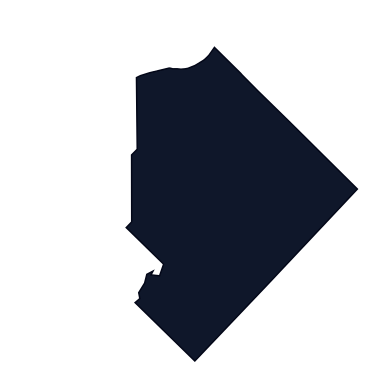 outline of St. Clair, Illinois, United States of America, rotated 44°
{"feature_id": "52423323B37622799423649", "entity_name": "St. Clair", "entity_type": "district", "adm_level": 2, "iso_a3": "USA", "parent_name": "United States of America", "parent_adm1": "Illinois", "projection": "albers", "projection_center": [-90.081, 38.44], "detail": "fine", "context": "isolated", "style": "filled", "palette": "ink", "viewbox_px": 384, "rotation_deg": 44, "n_neighbors": 0, "source": "geoboundaries", "source_scale": "gbopen_adm2", "svg_char_len": 651}
<svg xmlns="http://www.w3.org/2000/svg" viewBox="0 0 384 384"><g transform="rotate(44 192 192)"><path d="M227.9,311.1L311.4,311.6L310.6,204.9L308.9,75.0L215.0,73.8L168.9,73.5L146.6,73.0L144.5,72.8L107.7,72.4L107.8,72.9L107.8,73.0L109.2,82.0L109.1,86.9L108.8,89.4L106.3,98.9L105.4,100.9L103.2,105.8L101.5,108.2L98.7,111.4L97.4,112.4L95.5,113.9L92.7,116.7L90.4,118.0L89.5,118.7L79.0,135.2L78.4,136.2L75.2,142.1L74.1,144.1L72.6,148.3L122.9,199.3L122.8,207.3L169.4,255.4L169.4,263.3L221.7,263.6L226.9,274.8L220.1,280.1L218.9,276.0L216.7,282.6L221.2,290.4L223.6,301.4L228.5,304.9L227.9,311.1Z" fill="#0f172a" stroke="#020617" stroke-width="1.5"/></g></svg>